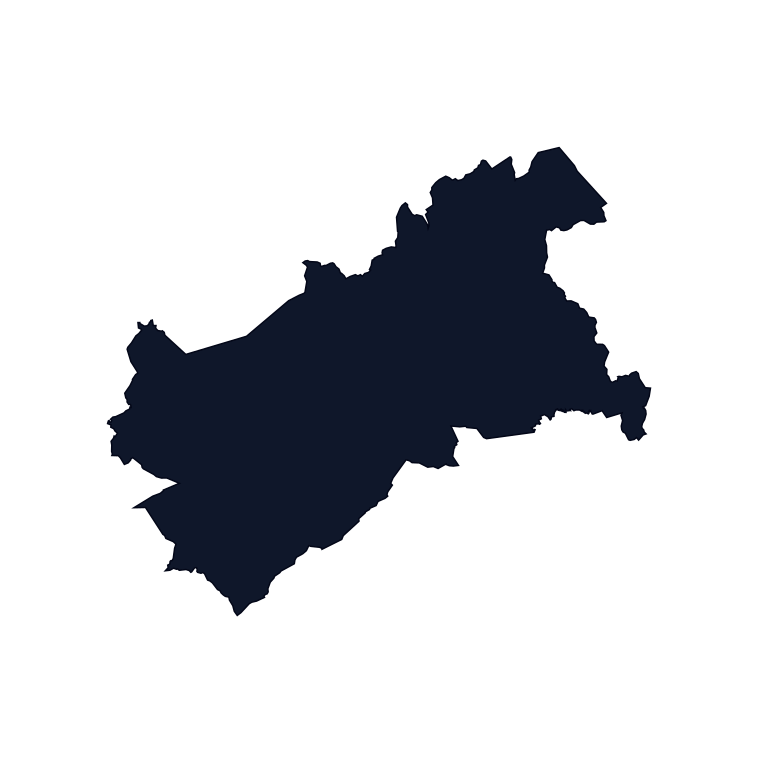 the district of San Julián, Jalisco, Mexico, rotated 238°
{"feature_id": "50627088B41443531165515", "entity_name": "San Julián", "entity_type": "district", "adm_level": 2, "iso_a3": "MEX", "parent_name": "Mexico", "parent_adm1": "Jalisco", "projection": "mercator", "projection_center": [-102.176, 20.994], "detail": "fine", "context": "isolated", "style": "filled", "palette": "ink", "viewbox_px": 768, "rotation_deg": 238, "n_neighbors": 0, "source": "geoboundaries", "source_scale": "gbopen_adm2", "svg_char_len": 6170}
<svg xmlns="http://www.w3.org/2000/svg" viewBox="0 0 768 768"><g transform="rotate(238 384 384)"><path d="M491.7,657.8L498.5,637.4L494.1,627.4L490.2,623.4L488.5,620.4L486.7,619.4L486.3,612.7L487.0,607.0L487.9,605.1L487.2,603.2L492.6,605.4L494.1,606.8L503.0,608.4L506.6,611.3L509.2,611.7L509.8,611.2L509.2,589.4L519.3,588.4L521.4,586.5L521.4,584.7L518.9,582.0L519.3,580.0L517.6,578.1L517.7,574.1L516.6,572.7L516.6,568.5L518.0,564.2L516.1,560.8L516.1,558.1L517.4,554.4L520.3,553.3L520.5,550.5L521.1,549.8L524.3,548.7L527.5,546.5L528.0,539.3L527.3,534.5L525.3,528.7L523.2,527.4L521.9,524.7L516.2,523.8L509.8,520.4L509.5,512.2L506.4,512.5L505.7,509.1L497.0,507.4L494.3,506.1L492.5,503.8L496.1,505.3L506.0,505.3L510.2,501.4L510.5,499.2L513.0,497.8L521.5,497.7L523.7,499.0L526.3,498.1L525.8,493.8L524.5,491.0L518.8,483.0L506.3,476.4L505.3,476.5L500.9,473.3L499.1,469.4L494.9,467.5L493.5,466.3L496.4,462.8L497.9,457.7L498.2,453.7L496.4,452.0L494.3,451.3L495.5,446.9L495.8,442.2L494.9,442.0L495.3,439.6L490.9,435.7L488.8,432.4L487.7,433.0L486.8,430.1L487.9,426.2L486.8,422.7L489.2,422.0L489.5,419.1L491.9,417.7L493.1,412.3L493.4,407.4L496.8,407.6L500.5,406.6L500.7,405.8L505.4,406.7L508.9,405.4L512.4,405.4L513.9,404.7L514.8,402.5L515.2,397.8L516.1,396.4L516.8,393.3L517.9,392.8L520.2,393.8L522.8,392.1L527.3,385.7L529.1,384.7L530.1,382.3L529.9,379.5L526.0,381.0L523.7,381.1L517.8,374.0L511.9,372.9L503.6,365.5L503.3,364.1L504.2,359.2L505.2,347.4L497.3,292.7L514.1,231.6L541.5,224.0L544.3,225.0L546.6,224.2L546.7,223.3L549.2,220.5L552.4,219.9L554.4,221.6L555.9,219.3L561.0,221.4L561.4,219.9L560.6,219.1L560.6,217.9L559.2,216.0L558.9,213.9L560.1,211.4L564.8,209.0L565.5,209.5L566.5,207.9L561.6,205.5L559.4,207.0L558.1,207.0L556.7,202.8L556.3,199.1L552.7,191.7L550.9,186.2L549.6,184.6L537.0,181.2L525.3,181.3L523.6,180.8L523.6,178.4L521.2,173.1L520.3,172.7L517.2,167.7L513.6,159.3L509.1,157.7L506.9,157.9L504.9,156.6L501.9,156.7L501.1,158.0L500.4,158.1L498.2,157.1L499.0,156.4L497.6,154.9L498.0,150.8L497.3,148.1L498.5,139.1L499.6,136.6L499.0,133.5L497.1,133.6L496.4,132.1L497.1,131.3L498.7,131.5L498.7,130.6L496.9,128.6L494.0,130.8L492.1,129.4L489.4,131.1L486.4,131.0L483.6,132.0L482.0,128.7L481.9,128.0L482.9,127.6L481.3,125.8L480.0,122.2L476.5,120.8L471.2,117.3L468.5,116.5L467.6,115.3L464.0,120.7L461.1,121.3L453.4,121.2L452.7,125.3L453.8,128.8L454.5,129.3L454.8,131.9L444.0,135.7L441.4,134.7L439.6,135.0L429.2,140.9L426.1,141.9L422.2,145.4L419.5,149.9L408.2,157.9L411.0,140.7L410.4,140.4L409.8,136.4L411.4,128.5L411.6,106.4L405.7,116.3L373.7,116.8L371.8,117.7L368.6,117.2L361.9,121.8L358.4,122.7L355.7,119.4L347.7,112.8L346.5,110.5L347.1,109.6L346.9,108.6L344.8,106.9L345.0,104.6L342.6,103.6L341.5,99.6L339.5,103.8L339.3,107.9L336.9,109.8L336.7,110.8L334.5,111.7L331.6,117.8L329.0,120.0L326.7,120.4L326.6,121.3L328.5,126.0L327.6,127.7L325.2,127.1L324.5,126.1L323.1,126.1L320.5,128.5L320.1,130.5L318.3,131.3L311.2,130.5L309.3,132.0L306.3,133.1L297.9,133.9L295.5,135.4L293.1,135.2L290.4,135.9L288.0,136.9L285.5,139.5L282.6,138.4L276.1,138.3L270.6,136.6L265.5,136.9L265.9,141.5L269.1,153.3L269.0,156.3L267.4,161.0L266.4,169.6L267.8,169.7L268.4,171.7L268.0,173.7L269.1,175.6L271.9,177.0L276.2,182.5L277.7,187.7L279.0,189.3L279.2,195.5L280.0,197.7L279.1,212.7L282.0,215.2L283.5,218.0L283.1,225.2L283.8,229.8L286.8,234.6L285.2,235.8L279.7,242.8L277.6,244.2L276.7,243.8L274.6,265.8L277.0,269.1L280.9,290.1L283.2,291.2L284.7,299.8L285.4,300.0L285.3,305.2L286.1,306.3L285.1,312.9L287.6,316.7L286.5,324.4L286.9,327.7L288.8,328.0L290.6,330.1L293.8,337.5L296.2,337.0L299.6,341.9L308.0,362.6L305.3,365.0L302.5,366.1L298.4,372.1L290.3,377.0L287.9,382.1L283.7,385.1L283.3,394.3L282.7,394.1L280.1,396.1L277.7,399.3L275.5,404.0L286.1,403.8L292.2,409.1L292.6,410.2L293.8,410.5L294.0,413.6L296.0,414.1L296.2,416.4L312.9,418.5L307.5,425.6L304.9,430.9L303.2,431.2L297.1,439.2L285.9,440.2L283.3,442.0L263.6,485.7L265.2,487.9L265.7,487.5L264.9,486.1L267.2,486.3L267.0,485.8L268.7,485.5L268.3,490.2L269.6,491.3L268.5,493.8L267.5,494.5L267.5,495.7L268.2,495.8L268.9,494.7L269.7,495.7L271.4,495.9L271.1,499.0L273.8,499.8L273.0,503.9L269.4,505.7L265.5,505.9L265.6,506.9L267.4,508.7L266.5,511.0L268.2,512.1L270.0,514.1L270.6,516.0L271.2,516.1L270.9,518.0L269.6,517.7L267.9,519.5L267.9,520.0L268.9,520.0L268.9,520.8L267.3,520.4L267.5,521.1L266.1,521.0L265.9,521.6L266.7,522.1L266.2,522.6L264.5,521.9L263.5,523.3L265.7,524.4L264.4,524.5L263.2,527.1L263.8,527.7L262.7,528.2L263.7,528.7L263.6,530.1L260.7,530.9L260.4,532.7L258.4,536.0L256.3,537.2L256.9,537.6L256.3,538.7L255.2,538.2L253.8,538.7L254.0,539.1L252.5,539.2L252.3,540.2L250.4,541.5L250.8,542.5L251.8,543.3L252.4,543.0L252.9,544.1L252.5,544.6L252.5,544.1L251.6,544.1L250.6,544.9L248.2,544.7L247.7,545.4L245.8,554.8L237.6,555.1L233.4,570.6L231.9,568.4L226.6,567.0L222.6,562.9L219.2,561.4L216.7,561.3L214.3,562.6L207.1,561.9L205.8,562.9L204.4,566.8L204.7,569.8L201.5,570.2L203.5,576.8L202.8,579.8L205.4,579.2L207.5,579.9L209.6,579.4L211.5,580.1L213.8,582.5L215.8,586.2L219.6,590.3L222.9,591.9L225.7,592.0L225.7,591.2L227.5,591.3L227.0,594.4L233.0,602.3L239.3,607.8L242.4,603.6L253.2,603.4L258.2,605.2L260.9,604.4L262.0,599.6L261.5,597.1L260.6,596.1L263.3,593.4L264.0,589.6L266.0,587.3L266.3,586.1L265.5,586.2L262.9,583.2L264.0,582.1L264.3,578.7L265.4,577.8L267.0,577.5L271.0,578.4L274.0,577.8L278.3,580.8L282.6,580.1L285.8,582.8L292.0,591.4L299.8,591.3L301.8,590.4L305.0,585.4L309.2,585.0L312.9,587.1L314.5,591.5L320.2,592.8L322.1,594.1L323.7,596.8L326.7,597.6L328.7,597.3L331.9,593.5L332.9,593.2L337.1,593.8L341.7,593.1L344.7,590.0L349.3,590.9L355.3,586.8L357.6,582.9L361.5,583.0L362.2,584.4L364.6,584.2L365.6,585.3L368.1,585.3L372.0,583.9L374.3,582.1L379.6,582.4L380.8,581.1L382.0,580.9L383.5,581.7L389.1,581.7L393.9,577.3L397.4,581.6L399.9,583.1L405.0,589.9L409.0,591.4L415.2,595.1L421.3,596.9L428.3,603.4L427.1,606.5L425.3,607.3L426.0,613.3L423.4,615.6L420.8,615.5L418.8,617.8L417.7,620.8L417.4,625.8L418.9,628.7L418.5,637.3L416.7,640.3L410.3,643.7L408.3,646.7L408.7,650.0L404.9,656.7L404.9,658.8L410.2,659.7L413.1,661.3L418.9,661.3L419.3,668.4L462.2,660.6L468.3,661.2L491.7,657.8Z" fill="#0f172a" stroke="#020617" stroke-width="1.5"/></g></svg>